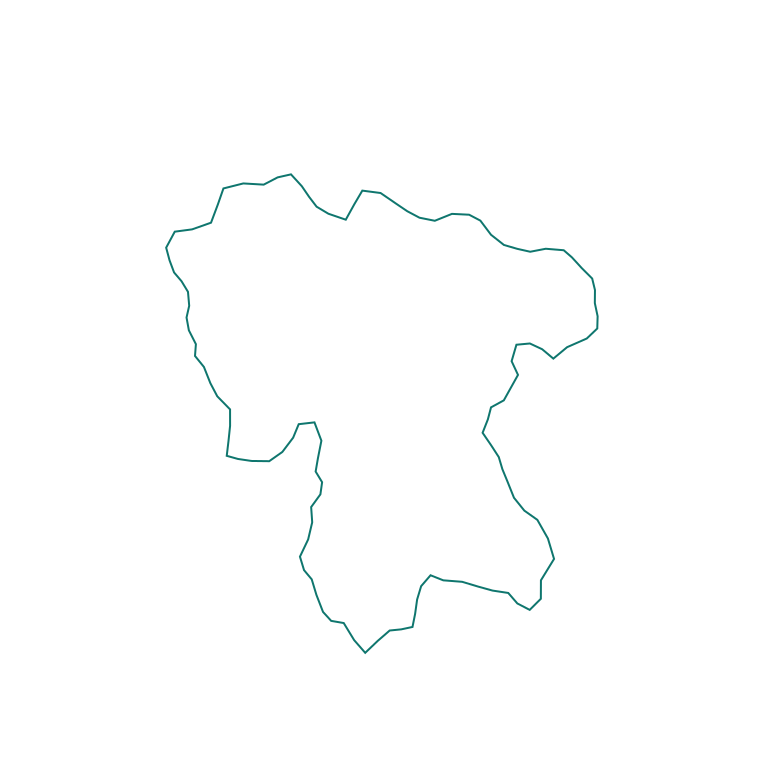 Carvalhópolis, Minas Gerais, Brazil, rotated 40°
{"feature_id": "56859067B12876478935865", "entity_name": "Carvalhópolis", "entity_type": "district", "adm_level": 2, "iso_a3": "BRA", "parent_name": "Brazil", "parent_adm1": "Minas Gerais", "projection": "robinson", "projection_center": [-45.827, -21.773], "detail": "fine", "context": "isolated", "style": "outline", "palette": "teal", "viewbox_px": 768, "rotation_deg": 40, "n_neighbors": 0, "source": "geoboundaries", "source_scale": "gbopen_adm2", "svg_char_len": 1569}
<svg xmlns="http://www.w3.org/2000/svg" viewBox="0 0 768 768"><g transform="rotate(40 384 384)"><path d="M542.4,602.0L544.3,584.9L546.8,569.2L554.9,560.9L562.0,551.8L555.6,540.1L547.9,527.8L542.4,515.0L542.6,500.6L555.6,496.3L571.0,485.3L586.3,478.7L599.9,472.5L613.5,464.2L627.2,466.4L640.8,463.4L642.2,447.7L630.4,433.5L626.7,408.7L608.9,397.0L588.8,389.5L572.9,390.8L556.7,387.6L540.8,379.1L529.5,373.2L518.9,366.2L505.2,362.0L490.9,358.0L486.3,344.3L481.0,333.1L486.3,319.5L480.8,290.9L467.1,284.5L460.2,268.8L469.7,259.2L482.8,255.7L497.4,255.7L500.6,238.1L510.1,218.8L511.7,204.4L504.1,194.8L493.5,186.5L485.2,176.4L475.7,169.4L460.9,168.1L446.6,166.2L435.7,166.0L421.0,176.4L411.0,188.7L399.2,194.8L386.5,200.4L370.1,200.9L352.8,196.9L340.4,199.6L326.7,210.0L318.0,226.3L304.3,233.8L290.7,236.7L277.1,238.1L258.6,239.9L243.1,249.8L245.7,265.3L249.1,282.7L232.0,289.3L218.4,291.5L206.4,288.8L193.9,285.3L178.0,283.2L169.7,294.1L163.7,308.6L147.3,320.8L135.3,337.4L141.3,353.2L147.8,371.6L137.6,388.9L125.8,401.8L129.5,419.6L140.2,427.1L151.5,433.5L162.8,435.4L174.6,439.4L184.5,449.3L190.0,460.0L200.0,468.3L214.3,474.4L221.2,484.0L235.1,486.7L250.5,495.0L264.2,500.6L282.4,502.4L293.0,515.0L301.3,527.3L309.7,540.1L320.3,535.3L332.0,528.1L345.7,516.9L349.8,501.4L348.9,483.5L344.5,469.6L355.4,458.1L372.5,467.7L381.2,483.5L387.9,495.0L399.7,499.0L406.2,509.4L407.3,525.1L417.9,536.1L425.8,551.8L430.6,570.3L442.4,578.0L454.2,580.1L467.8,589.0L483.8,597.8L495.8,599.4L506.8,593.0L525.8,599.4L542.4,602.0Z" fill="none" stroke="#0f766e" stroke-width="2"/></g></svg>